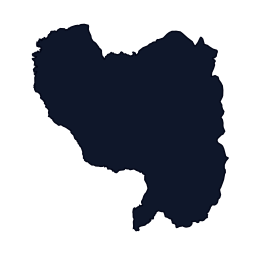 the district of Heliconia, Antioquia, Colombia, rotated 6°
{"feature_id": "7082276B97169896974876", "entity_name": "Heliconia", "entity_type": "district", "adm_level": 2, "iso_a3": "COL", "parent_name": "Colombia", "parent_adm1": "Antioquia", "projection": "orthographic", "projection_center": [-75.764, 6.206], "detail": "fine", "context": "isolated", "style": "filled", "palette": "ink", "viewbox_px": 256, "rotation_deg": 6, "n_neighbors": 0, "source": "geoboundaries", "source_scale": "gbopen_adm2", "svg_char_len": 5718}
<svg xmlns="http://www.w3.org/2000/svg" viewBox="0 0 256 256"><g transform="rotate(6 128 128)"><path d="M230.6,147.7L230.5,147.2L229.3,146.9L228.0,146.1L225.3,138.9L223.8,136.2L222.6,135.2L219.2,133.6L217.9,132.0L217.8,131.4L217.7,130.2L218.1,129.0L221.3,125.1L223.1,124.0L224.4,121.1L222.5,117.7L222.0,115.8L221.8,113.1L221.0,110.4L220.7,109.7L219.4,108.2L219.3,107.2L221.1,104.1L221.5,101.5L219.9,99.5L218.9,96.9L218.8,95.4L216.7,92.3L216.8,91.5L218.3,87.4L218.6,85.9L218.2,80.4L217.3,76.2L215.5,73.4L213.2,70.8L212.2,68.1L209.1,66.9L207.2,67.8L205.7,68.0L205.3,67.7L205.3,64.1L206.7,59.8L207.4,56.3L206.7,54.2L207.6,52.5L207.3,51.8L205.0,50.4L205.0,49.8L205.2,49.4L206.7,48.9L208.1,47.3L208.2,44.9L208.7,43.2L208.6,42.2L207.9,41.5L204.1,40.8L200.3,38.9L198.4,37.7L195.2,37.0L194.8,36.6L193.0,31.9L191.6,30.5L191.0,30.3L190.5,30.9L188.9,35.5L187.1,38.7L186.7,39.2L185.7,39.4L185.3,39.2L182.8,35.5L177.6,32.4L172.2,28.5L169.9,27.1L166.1,26.9L161.7,27.4L159.1,28.9L157.2,30.7L153.8,35.0L149.2,37.1L148.1,37.1L147.3,37.9L146.9,39.5L146.6,39.7L146.2,39.9L145.3,39.8L143.9,40.3L142.5,41.6L140.8,42.4L139.0,44.5L134.7,46.7L131.2,50.1L130.9,50.7L130.7,52.6L128.6,54.8L128.0,54.8L127.3,52.8L125.6,52.1L125.0,52.3L125.8,53.5L125.1,55.4L124.6,55.9L123.7,55.9L122.9,56.3L122.2,56.2L120.6,55.4L119.3,55.5L117.8,54.6L116.9,54.9L115.6,54.9L114.7,53.7L113.5,53.2L113.0,53.6L112.5,55.0L111.3,55.8L109.8,56.4L107.2,55.9L105.9,56.0L105.4,55.1L104.6,55.4L103.4,54.8L101.7,56.8L100.7,56.8L100.2,57.2L99.3,58.8L98.4,59.4L97.8,61.7L97.4,62.1L96.9,61.8L95.1,59.4L94.4,59.0L93.6,55.9L93.4,54.0L92.8,53.0L91.9,52.3L91.1,52.1L90.2,50.7L87.2,47.4L85.8,46.4L84.2,45.7L82.0,42.9L81.2,40.1L79.0,36.4L78.1,34.2L78.0,30.9L77.6,30.1L73.7,29.6L70.4,30.2L68.4,31.4L67.2,31.3L64.9,31.9L61.5,33.4L60.1,34.2L59.6,35.5L59.2,35.6L58.8,35.1L57.5,36.7L56.7,36.7L55.6,37.1L54.4,36.1L50.2,36.3L48.0,38.0L47.4,39.3L46.8,39.8L44.9,39.3L43.9,39.8L41.8,40.0L41.2,40.6L41.3,41.9L40.4,42.5L40.3,43.1L39.3,43.7L39.0,45.6L37.7,47.4L37.0,47.9L36.5,47.9L36.1,47.6L35.7,46.9L35.3,46.9L34.8,48.5L33.7,48.3L33.5,48.8L32.9,49.0L33.3,49.6L33.1,50.0L32.4,49.8L31.5,49.0L30.7,49.0L30.7,50.0L30.1,50.8L30.7,51.7L30.7,52.1L30.3,52.3L29.8,52.0L28.6,52.2L28.6,52.5L29.1,52.9L28.4,54.0L28.9,54.6L28.8,55.8L29.3,56.2L30.2,56.3L30.2,55.2L30.7,55.1L31.1,55.7L31.2,56.5L32.3,56.3L33.4,57.3L33.3,58.1L33.7,58.7L33.7,58.9L32.4,59.4L32.5,59.7L33.2,60.0L32.9,60.5L32.8,61.2L32.3,61.7L31.6,61.8L30.4,61.1L30.2,61.4L30.4,62.2L28.6,62.3L28.3,62.7L28.6,63.2L28.5,63.5L27.5,63.0L27.2,63.7L25.9,63.9L25.4,64.6L25.5,65.4L26.1,66.1L29.3,66.7L29.2,67.2L27.2,68.8L26.1,68.9L25.8,69.2L26.1,69.7L28.2,71.4L28.5,72.5L28.4,75.1L29.8,75.4L30.5,76.1L31.2,76.3L31.2,76.9L30.9,77.1L29.8,76.9L29.4,77.1L29.1,78.2L28.4,78.9L28.0,79.6L28.8,82.0L29.3,82.2L31.0,81.4L31.4,81.7L30.6,83.4L29.7,83.7L29.3,84.0L29.4,84.3L30.5,85.1L30.7,85.9L30.2,87.6L30.9,93.0L30.6,94.0L30.9,94.5L30.4,95.0L30.2,95.4L31.0,96.6L30.9,97.1L30.4,97.3L30.9,97.9L31.4,99.7L32.6,101.4L34.5,101.6L36.7,103.0L37.2,103.6L38.2,105.6L38.0,106.9L38.4,107.6L40.6,108.8L41.2,109.9L42.4,110.1L42.5,112.3L44.3,113.8L44.0,115.5L46.1,116.8L47.6,118.5L47.5,121.1L48.2,123.2L47.9,124.7L49.5,125.1L50.2,125.6L50.8,126.4L52.2,126.8L52.6,128.0L54.0,129.5L55.1,130.3L57.6,131.5L58.5,132.3L59.2,132.3L60.5,131.6L61.7,131.8L63.5,132.8L65.7,133.4L71.2,136.3L71.8,137.0L71.8,138.0L72.5,138.9L74.9,140.7L76.2,143.7L77.2,144.7L78.3,145.0L79.0,146.5L79.9,147.2L80.2,148.5L81.4,149.4L82.1,150.8L83.7,152.1L85.7,156.4L85.8,158.6L86.8,160.3L87.0,162.6L88.1,163.4L88.3,164.5L90.0,165.6L91.9,165.7L93.2,166.9L95.8,168.4L98.0,168.2L99.9,169.0L102.8,168.8L104.7,169.0L106.6,168.7L108.1,167.8L108.8,168.9L109.9,168.4L111.2,168.5L112.4,170.8L114.3,170.4L116.8,171.0L117.0,171.3L117.0,171.9L117.4,172.3L118.7,172.1L119.3,173.0L120.1,173.4L121.1,173.5L121.5,173.3L123.5,170.9L128.0,169.9L128.6,169.5L129.0,168.6L129.4,168.3L131.4,168.6L133.0,168.4L134.5,169.1L138.3,167.9L140.9,169.1L143.7,169.8L144.7,170.6L145.2,170.5L145.8,169.9L146.3,169.8L147.6,171.7L148.3,172.1L149.3,172.3L149.9,172.9L150.1,173.1L149.9,174.3L150.2,177.8L152.8,181.6L154.0,184.8L154.3,186.0L154.2,187.0L153.0,190.6L152.2,191.4L151.0,194.0L150.3,197.5L149.4,199.4L149.4,200.6L150.4,202.5L150.4,203.6L148.7,204.2L147.7,203.8L147.6,204.9L146.1,205.6L143.5,208.0L143.3,207.1L143.0,206.9L142.6,207.1L142.0,208.0L141.8,211.1L142.2,212.4L142.6,215.6L142.8,216.4L143.8,217.7L143.3,220.7L144.0,224.8L144.0,227.1L144.4,226.9L144.6,227.0L146.6,229.1L147.2,229.1L147.9,228.7L149.2,228.7L149.5,228.1L148.5,226.3L148.6,225.8L149.0,225.3L150.7,224.1L154.9,222.7L156.7,220.7L158.0,220.2L160.0,217.9L160.1,217.5L159.3,216.9L159.4,216.5L161.3,215.7L162.4,215.6L162.6,215.1L162.4,213.3L163.5,211.9L163.8,210.7L164.5,209.8L164.7,208.6L165.1,208.1L166.8,206.9L170.1,207.5L172.3,207.3L173.4,209.3L174.4,212.0L175.2,212.4L176.4,212.4L178.7,213.6L180.3,213.8L181.1,214.2L181.4,215.6L182.0,216.4L182.1,217.5L182.6,217.9L184.2,218.1L185.2,218.5L186.0,219.7L186.2,221.3L186.7,221.8L187.4,221.6L189.7,220.2L191.0,220.0L192.2,219.4L194.4,220.1L195.9,220.3L196.7,220.2L199.2,219.4L200.6,218.3L201.5,216.5L201.3,214.2L203.3,214.0L204.6,213.5L206.3,214.4L206.9,214.6L207.7,214.4L208.2,213.9L208.2,213.1L208.5,212.5L209.2,212.3L211.6,212.3L212.3,212.0L213.0,211.6L214.6,209.4L216.0,208.7L216.2,208.3L215.7,207.3L216.1,206.0L215.4,205.2L215.3,204.6L215.7,203.5L216.6,203.0L218.0,198.9L218.2,197.4L218.9,196.8L219.6,195.6L220.2,195.3L221.5,195.4L222.3,195.3L223.9,194.0L224.6,192.6L225.0,189.2L226.2,187.9L226.5,187.2L226.9,184.7L225.5,180.6L225.4,179.2L226.3,177.2L227.7,171.8L228.3,169.1L228.7,163.5L229.3,162.1L228.9,159.5L227.8,158.2L227.4,154.4L228.8,150.3L230.6,147.7Z" fill="#0f172a" stroke="#020617" stroke-width="1.5"/></g></svg>